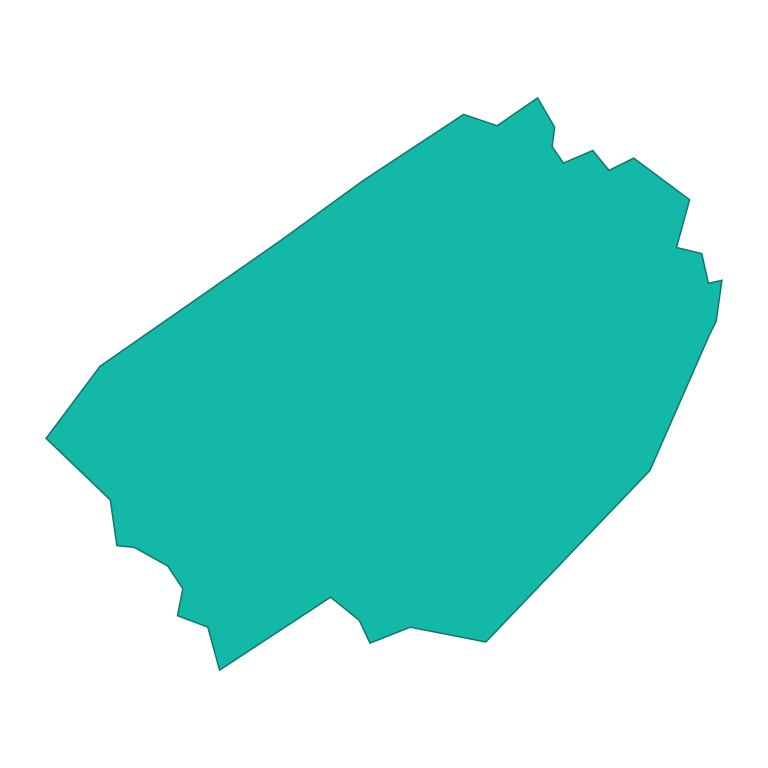 Braxton, West Virginia, United States of America (Natural Earth projection)
{"feature_id": "52423323B93118909799031", "entity_name": "Braxton", "entity_type": "district", "adm_level": 2, "iso_a3": "USA", "parent_name": "United States of America", "parent_adm1": "West Virginia", "projection": "natural_earth1", "projection_center": [-80.697, 38.706], "detail": "fine", "context": "isolated", "style": "filled", "palette": "teal", "viewbox_px": 768, "rotation_deg": 0, "n_neighbors": 0, "source": "geoboundaries", "source_scale": "gbopen_adm2", "svg_char_len": 550}
<svg xmlns="http://www.w3.org/2000/svg" viewBox="0 0 768 768"><path d="M485.8,642.0L649.9,470.5L709.1,335.6L716.2,321.2L721.9,280.3L708.4,283.3L701.8,253.7L676.5,247.5L689.6,199.8L633.7,158.1L609.0,170.4L592.8,150.5L563.4,163.1L552.1,146.5L554.7,127.4L537.6,97.9L497.0,125.8L463.6,114.4L363.2,180.5L279.0,241.7L100.1,366.2L46.1,438.4L110.3,500.0L116.9,545.6L134.3,547.4L167.6,565.9L182.8,588.7L177.5,615.7L207.8,627.1L219.6,670.1L330.6,597.2L359.3,620.4L370.0,643.1L410.1,627.2L485.8,642.0Z" fill="#14b8a6" stroke="#0f766e" stroke-width="1.5"/></svg>